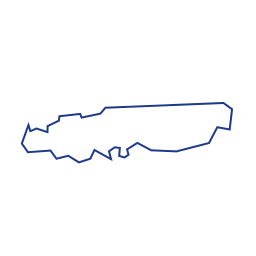 the district of Aerodrom, Gazi Baba, North Macedonia, rotated 147°
{"feature_id": "65306769B95040273905804", "entity_name": "Aerodrom", "entity_type": "district", "adm_level": 2, "iso_a3": "MKD", "parent_name": "North Macedonia", "parent_adm1": "Gazi Baba", "projection": "equal_earth", "projection_center": [21.518, 41.968], "detail": "fine", "context": "isolated", "style": "outline", "palette": "blue", "viewbox_px": 256, "rotation_deg": 147, "n_neighbors": 0, "source": "geoboundaries", "source_scale": "gbopen_adm2", "svg_char_len": 586}
<svg xmlns="http://www.w3.org/2000/svg" viewBox="0 0 256 256"><g transform="rotate(147 128 128)"><path d="M225.5,172.8L225.1,162.2L205.3,151.3L204.7,141.2L193.2,137.2L187.9,125.9L176.3,122.8L168.1,127.8L159.2,111.1L156.6,118.8L149.6,119.0L145.7,115.7L150.6,109.4L147.0,105.2L142.1,105.3L140.4,110.6L128.3,110.4L120.6,96.6L100.1,82.0L68.2,71.3L52.7,80.0L43.5,71.4L30.5,87.1L34.3,97.0L135.9,157.3L143.4,155.1L161.2,162.0L160.5,165.9L179.1,175.2L182.0,171.8L194.4,173.4L197.8,168.4L205.0,177.4L211.6,178.5L209.9,184.7L225.5,172.8Z" fill="none" stroke="#1e3a8a" stroke-width="2"/></g></svg>